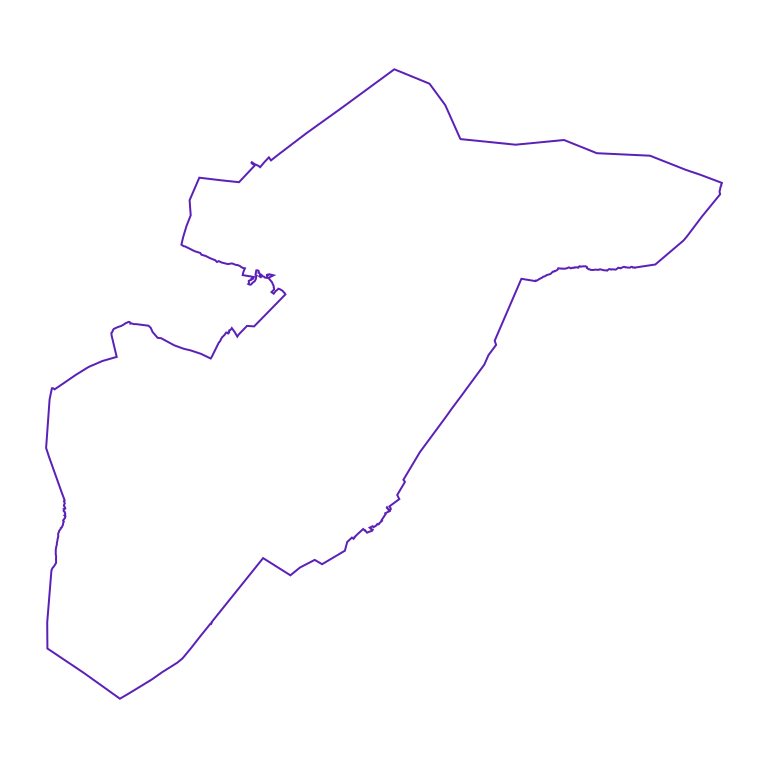 Sel nor, Oppland, Norway (orthographic projection)
{"feature_id": "86288312B5494531478451", "entity_name": "Sel nor", "entity_type": "district", "adm_level": 2, "iso_a3": "NOR", "parent_name": "Norway", "parent_adm1": "Oppland", "projection": "orthographic", "projection_center": [9.379, 61.759], "detail": "fine", "context": "isolated", "style": "outline", "palette": "violet", "viewbox_px": 768, "rotation_deg": 0, "n_neighbors": 0, "source": "geoboundaries", "source_scale": "gbopen_adm2", "svg_char_len": 5935}
<svg xmlns="http://www.w3.org/2000/svg" viewBox="0 0 768 768"><path d="M596.8,153.2L564.0,140.0L515.5,144.7L460.6,139.1L460.1,138.4L445.3,105.2L429.5,83.7L394.3,69.3L342.1,107.6L306.7,133.0L277.8,155.0L271.0,160.4L268.9,157.4L264.4,162.1L260.1,167.2L258.7,166.0L256.2,164.8L254.9,164.3L251.8,162.2L251.5,162.6L251.6,163.1L252.1,163.6L252.6,164.0L255.1,165.1L239.0,182.2L221.2,180.3L199.3,177.7L189.6,200.2L190.7,215.3L186.5,226.0L183.1,237.3L181.4,244.7L183.7,246.2L185.0,246.4L188.9,248.3L194.4,251.1L200.3,253.0L201.4,254.7L205.8,256.0L210.3,258.3L215.2,260.2L217.0,262.0L218.7,261.1L221.6,262.5L227.9,264.1L231.9,263.4L236.5,265.1L237.6,265.0L239.8,266.0L241.7,267.3L243.0,268.0L244.9,268.3L243.3,272.2L242.7,275.1L253.9,277.0L253.1,278.6L252.1,278.4L251.5,278.8L251.9,279.3L251.4,279.7L250.5,280.2L250.0,280.3L248.8,280.8L248.7,281.4L249.0,282.6L248.9,283.4L248.3,284.0L249.6,284.6L250.3,284.7L251.3,284.3L252.5,282.8L254.7,281.2L255.2,280.3L256.0,278.6L256.1,276.9L256.7,275.7L255.5,274.9L256.3,270.4L257.2,270.3L258.4,270.7L258.6,270.9L258.7,271.2L258.8,272.0L258.5,272.7L258.9,272.8L259.4,273.1L259.9,274.0L260.6,274.4L259.3,276.2L260.8,277.2L262.0,275.5L262.3,275.9L262.8,276.3L264.2,276.8L264.7,277.4L265.4,277.7L266.7,277.9L266.8,277.2L267.1,276.3L266.9,274.9L267.3,274.8L267.5,275.3L268.0,275.2L267.8,274.8L267.8,274.6L268.5,274.4L269.5,274.3L273.5,275.3L268.4,277.9L271.9,282.1L272.4,283.1L272.7,284.1L273.6,285.6L273.7,286.6L273.6,287.0L273.8,287.4L274.1,288.5L274.0,289.5L271.5,292.1L273.7,293.7L275.8,290.9L276.4,290.6L278.0,289.2L278.3,288.7L279.9,289.2L282.4,290.7L284.7,293.2L285.4,294.4L254.1,326.4L247.0,325.9L238.7,334.5L237.3,336.6L234.6,331.9L231.8,328.1L231.2,329.1L230.2,330.1L229.2,330.4L229.1,330.8L229.1,331.3L229.3,332.0L228.4,333.4L228.2,333.5L227.4,333.0L227.1,332.8L227.1,332.6L226.3,332.5L225.6,333.3L224.5,335.0L223.9,335.5L222.9,336.6L222.2,337.1L221.0,339.2L220.1,341.2L218.7,342.8L212.0,356.4L210.7,358.5L200.9,353.8L190.3,350.3L183.8,348.8L174.2,345.3L161.1,338.2L157.6,337.8L152.6,332.0L150.7,327.8L148.5,325.7L136.0,324.1L133.8,324.1L131.1,323.3L130.4,323.6L130.2,322.9L129.7,322.1L129.1,321.9L128.6,321.9L126.7,322.8L125.9,323.0L123.0,325.0L120.8,326.1L118.0,327.0L113.8,328.9L113.1,329.9L112.1,332.2L111.4,333.0L111.6,335.5L116.7,356.9L102.4,361.0L89.2,366.7L87.2,367.8L75.9,374.8L54.7,389.3L54.3,388.9L53.6,388.7L53.0,388.2L51.9,388.3L49.6,399.3L46.1,448.1L47.0,450.6L49.0,456.8L61.4,491.6L64.6,500.2L64.2,500.6L64.1,500.9L64.0,501.3L64.3,501.5L64.5,501.8L64.5,502.1L64.4,502.6L64.8,503.3L63.9,505.3L64.3,506.1L64.2,506.6L64.8,507.2L65.0,507.7L65.1,507.8L65.3,508.5L64.5,509.1L63.9,509.1L64.0,509.3L64.0,509.5L63.8,509.9L63.6,510.8L64.0,511.4L64.5,511.6L64.8,512.0L64.9,512.5L64.8,512.9L65.0,513.1L65.0,513.3L65.2,513.7L65.3,514.1L65.2,514.4L65.0,514.7L65.0,515.2L64.8,515.3L65.0,515.4L65.0,515.9L65.2,516.0L65.1,516.4L65.4,516.7L65.2,517.2L65.0,518.0L64.4,518.5L64.1,519.3L63.7,519.6L63.1,520.4L63.1,520.6L63.2,520.9L63.8,521.6L63.4,522.3L63.4,522.6L63.2,523.0L63.2,523.3L63.1,523.8L63.0,524.7L62.6,525.5L62.1,526.7L61.5,527.6L61.3,527.7L61.4,527.8L60.9,528.4L60.8,528.6L59.1,531.0L58.8,532.3L58.2,533.5L58.1,534.7L58.3,535.8L58.3,536.3L58.0,537.0L58.0,537.6L57.9,538.2L57.6,538.8L57.4,540.7L56.8,543.2L56.9,544.3L56.2,547.0L55.7,550.1L55.8,551.6L55.7,553.2L55.9,555.3L56.1,556.1L56.1,557.7L56.0,558.8L56.1,562.1L55.9,563.3L54.7,565.1L54.1,566.2L52.5,568.0L51.8,569.5L51.4,570.8L47.2,622.5L47.4,648.5L83.8,672.9L119.9,698.7L128.8,693.5L151.6,679.6L162.6,671.9L177.4,662.6L182.6,658.3L191.6,647.4L200.1,636.5L210.2,624.0L211.0,624.1L211.8,622.6L211.5,622.3L263.1,558.1L290.4,575.3L300.0,567.5L314.7,559.9L322.1,564.2L344.9,550.7L347.2,542.0L351.9,537.6L353.6,538.8L355.0,536.9L354.8,536.8L357.7,534.0L363.2,529.0L364.7,530.5L365.0,530.3L365.4,530.9L366.3,531.6L366.7,532.3L367.1,532.7L368.5,532.0L370.1,531.4L370.8,531.3L371.9,530.9L372.7,529.9L371.3,528.9L371.1,529.0L369.7,527.7L372.7,526.2L373.6,527.2L376.4,525.4L376.8,524.6L377.4,524.0L378.1,524.4L379.0,524.1L379.2,523.4L382.0,520.8L381.5,520.3L385.6,514.1L385.2,513.3L389.5,511.2L386.8,507.6L387.0,507.3L387.6,508.3L389.5,510.3L390.0,510.3L390.0,510.0L390.7,509.4L390.7,508.3L389.4,506.4L399.3,499.1L397.2,495.0L404.9,482.0L404.5,481.1L403.9,480.6L403.4,479.8L419.9,452.1L445.9,416.9L451.5,409.0L463.6,392.8L465.1,390.7L484.3,364.6L488.5,355.1L496.1,344.9L494.7,340.7L521.4,278.8L535.4,281.1L535.7,280.5L536.2,280.5L536.7,280.7L539.2,279.1L542.2,277.6L542.8,277.0L543.2,276.7L544.8,276.3L546.3,275.4L546.8,275.0L549.2,274.4L550.1,274.1L550.9,273.6L552.8,271.7L553.8,271.7L554.5,271.0L555.1,271.1L556.7,270.3L557.6,269.6L557.8,269.0L558.2,268.8L558.3,268.3L559.7,268.4L560.2,268.5L561.6,268.5L562.0,268.7L563.4,268.6L564.0,268.8L564.7,268.6L566.3,268.5L568.8,267.4L569.6,267.6L570.4,268.2L571.0,268.3L571.5,268.2L571.9,267.8L573.5,267.9L574.3,267.4L574.8,267.7L575.6,267.3L577.5,267.3L577.9,267.7L578.4,267.7L578.6,266.9L579.8,266.2L580.7,266.7L581.3,266.7L581.7,266.5L582.2,266.4L585.6,266.3L586.0,266.6L586.7,266.7L587.0,267.3L586.9,267.9L587.3,268.3L587.9,268.6L588.5,269.2L589.6,269.3L590.1,269.5L590.4,269.8L590.8,269.9L593.0,270.0L595.6,269.6L596.9,269.8L598.9,269.8L599.3,269.4L600.0,269.3L602.6,269.9L603.5,270.2L605.9,270.4L606.7,270.3L607.1,270.6L608.7,269.3L609.3,269.2L609.7,269.1L611.2,269.6L611.7,269.3L612.3,269.3L615.7,269.6L616.7,269.0L618.3,267.7L618.9,267.9L619.9,268.0L620.3,268.3L620.8,268.2L623.0,267.1L623.7,266.9L624.5,266.9L625.4,267.4L626.0,267.2L627.5,267.6L629.1,267.6L629.7,267.7L630.1,267.6L631.1,266.9L631.7,266.8L632.6,267.1L633.0,267.6L633.7,267.5L634.3,267.7L634.7,267.4L635.3,267.7L636.0,267.4L655.3,264.5L683.5,240.5L686.8,236.6L701.9,216.6L720.1,194.3L720.1,194.0L719.8,192.9L719.6,192.1L719.6,191.1L719.8,190.4L720.0,189.8L720.5,187.0L721.1,185.9L721.3,185.5L721.2,184.5L721.8,183.5L721.9,182.9L701.0,175.0L686.2,170.0L650.0,155.7L596.8,153.2Z" fill="none" stroke="#5b21b6" stroke-width="2"/></svg>